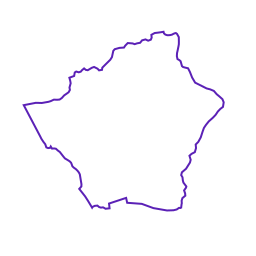 outline of Pendang, Kedah, Malaysia, rotated 350°
{"feature_id": "92858781B37345713247698", "entity_name": "Pendang", "entity_type": "district", "adm_level": 2, "iso_a3": "MYS", "parent_name": "Malaysia", "parent_adm1": "Kedah", "projection": "albers", "projection_center": [100.552, 5.979], "detail": "fine", "context": "isolated", "style": "outline", "palette": "violet", "viewbox_px": 256, "rotation_deg": 350, "n_neighbors": 0, "source": "geoboundaries", "source_scale": "gbopen_adm2", "svg_char_len": 2149}
<svg xmlns="http://www.w3.org/2000/svg" viewBox="0 0 256 256"><g transform="rotate(350 128 128)"><path d="M166.3,216.4L167.5,212.4L167.9,211.5L168.2,208.9L169.4,206.5L172.7,204.6L172.9,202.3L172.4,199.2L174.8,196.8L175.3,195.7L173.1,191.4L172.9,189.3L173.1,186.0L172.2,183.6L173.4,181.0L178.1,178.2L183.0,172.8L184.2,170.2L183.7,166.0L186.1,164.5L189.6,163.4L191.5,159.6L191.8,156.0L194.8,153.9L198.0,149.9L200.9,144.4L202.8,141.1L205.3,138.5L208.7,135.5L213.4,132.6L216.4,130.4L217.7,129.1L219.3,127.4L222.3,125.2L225.2,123.7L226.7,119.3L226.0,116.0L223.4,112.7L221.2,110.1L219.0,106.4L215.6,104.2L212.3,102.7L202.0,95.0L199.9,89.4L198.7,83.5L197.5,79.6L194.9,78.5L192.8,77.5L191.9,76.4L191.7,74.4L191.4,71.4L190.4,70.1L188.7,68.7L188.6,65.7L189.3,62.7L190.2,60.6L191.0,58.6L191.9,56.3L192.6,54.4L193.1,51.8L193.8,47.3L192.6,43.8L191.6,42.8L190.9,42.8L189.3,43.1L187.5,43.7L185.9,43.8L184.2,43.7L182.7,43.4L181.0,42.5L179.8,41.0L179.7,39.4L176.8,39.4L174.1,39.3L170.8,39.1L167.2,40.3L167.0,43.1L165.8,45.0L163.0,45.5L160.6,43.8L157.1,44.1L154.7,46.2L151.7,46.2L149.1,46.6L147.2,45.5L142.5,44.3L139.6,46.4L138.0,48.1L133.5,47.6L128.6,48.1L126.9,49.5L124.5,55.4L122.4,57.7L117.2,61.3L113.2,64.1L112.5,66.2L109.5,66.2L108.3,64.3L105.2,62.0L102.9,62.4L98.4,64.1L96.5,63.4L95.1,61.7L92.7,63.1L91.3,64.3L89.2,64.6L86.8,63.4L85.6,63.9L85.2,64.1L84.0,67.4L79.0,68.3L79.3,71.6L79.3,74.0L77.4,78.0L77.4,80.4L75.7,82.5L73.2,83.7L70.8,84.8L68.0,87.0L65.6,88.1L63.2,87.9L59.9,87.2L56.6,88.1L54.3,88.4L47.5,88.4L41.6,87.2L29.3,87.4L40.1,121.1L40.8,123.5L42.3,127.0L43.7,129.6L44.2,132.9L45.8,133.9L47.8,134.0L48.7,132.8L49.6,135.1L51.7,135.3L53.4,135.9L55.0,138.0L56.7,139.8L59.4,144.9L60.6,147.0L62.7,148.8L64.7,150.6L65.9,152.3L66.2,153.7L66.6,156.1L67.8,157.7L69.5,159.4L70.9,161.4L71.9,163.3L72.5,165.3L72.4,175.3L71.9,177.5L69.4,179.5L73.9,187.9L76.0,192.9L78.8,200.2L79.3,199.6L81.6,198.9L84.4,199.1L85.8,200.8L87.5,201.7L89.6,201.8L90.8,202.7L91.8,203.6L95.9,203.9L96.2,199.1L114.0,196.5L114.2,201.5L128.4,205.1L139.1,211.3L152.1,216.0L158.5,216.9L161.8,216.7L164.4,215.5L166.3,216.0L166.3,216.4Z" fill="none" stroke="#5b21b6" stroke-width="2"/></g></svg>